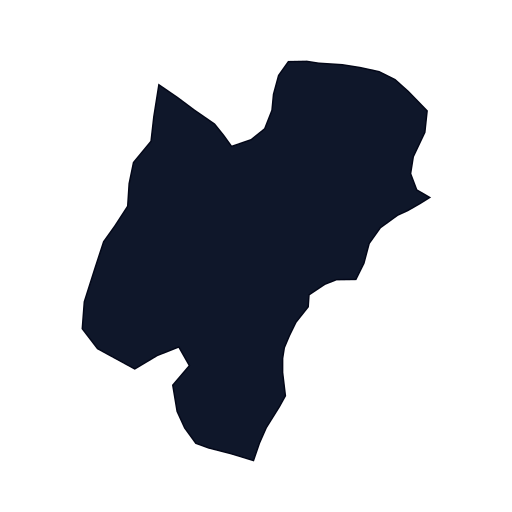 outline of Kiados, Cyprus, rotated 189°
{"feature_id": "46923920B15009716922247", "entity_name": "Kiados", "entity_type": "district", "adm_level": 2, "iso_a3": "CYP", "parent_name": "Cyprus", "parent_adm1": "", "projection": "mercator", "projection_center": [33.604, 35.258], "detail": "fine", "context": "isolated", "style": "filled", "palette": "ink", "viewbox_px": 512, "rotation_deg": 189, "n_neighbors": 0, "source": "geoboundaries", "source_scale": "gbopen_adm2", "svg_char_len": 977}
<svg xmlns="http://www.w3.org/2000/svg" viewBox="0 0 512 512"><g transform="rotate(189 256 256)"><path d="M286.1,61.6L272.6,59.0L250.1,56.9L226.5,53.6L223.3,71.9L219.0,88.1L209.4,110.7L205.1,122.5L211.5,145.1L213.7,159.1L213.7,169.9L210.5,182.8L206.2,196.8L196.5,214.0L197.6,225.9L183.7,238.8L172.9,245.2L153.7,248.5L148.3,265.7L146.2,286.1L137.6,303.4L122.6,318.4L112.9,324.9L102.2,333.5L93.6,341.0L107.6,346.4L116.2,361.5L116.2,378.7L108.6,404.6L109.7,426.1L131.2,442.2L146.2,451.9L163.3,457.3L182.6,458.4L200.8,458.4L224.4,456.2L236.2,456.2L254.4,453.0L261.9,437.9L264.0,418.5L263.0,402.4L267.3,383.0L279.0,370.1L297.3,360.4L306.9,370.1L317.6,379.8L340.1,390.6L358.3,400.2L378.7,409.9L378.7,377.6L377.6,352.9L391.6,329.2L392.6,307.7L390.5,285.1L400.1,263.5L408.7,246.3L413.0,219.4L418.4,183.9L416.2,157.0L398.0,139.7L358.1,125.5L338.0,142.3L318.0,154.1L304.6,137.3L318.0,115.4L309.6,90.2L299.5,75.0L286.1,61.6Z" fill="#0f172a" stroke="#020617" stroke-width="1.5"/></g></svg>